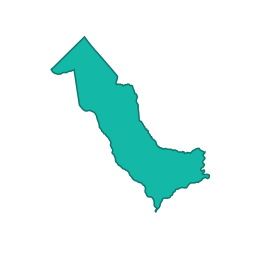 the district of Jateí, Mato Grosso do Sul, Brazil, rotated 25°
{"feature_id": "56859067B80229786226061", "entity_name": "Jateí", "entity_type": "district", "adm_level": 2, "iso_a3": "BRA", "parent_name": "Brazil", "parent_adm1": "Mato Grosso do Sul", "projection": "natural_earth1", "projection_center": [-53.858, -22.712], "detail": "fine", "context": "isolated", "style": "filled", "palette": "teal", "viewbox_px": 256, "rotation_deg": 25, "n_neighbors": 0, "source": "geoboundaries", "source_scale": "gbopen_adm2", "svg_char_len": 6018}
<svg xmlns="http://www.w3.org/2000/svg" viewBox="0 0 256 256"><g transform="rotate(25 128 128)"><path d="M50.1,63.8L46.5,73.4L41.1,87.9L34.6,105.4L33.6,107.3L34.3,108.0L35.2,108.4L36.0,109.0L36.7,109.1L37.8,109.3L38.7,109.5L39.2,109.2L40.0,109.0L40.9,109.0L41.9,108.9L42.6,108.3L43.5,107.8L44.3,107.4L44.8,106.7L45.2,105.8L45.9,105.1L46.6,104.8L47.3,104.4L48.0,104.2L48.8,103.8L49.4,103.1L49.9,102.3L50.5,101.6L51.3,101.0L52.3,100.6L53.3,99.3L54.1,98.6L54.5,97.9L74.3,127.7L74.9,128.1L75.6,128.4L77.2,129.2L78.1,129.6L78.8,129.9L79.5,130.2L80.1,130.3L81.0,130.5L82.1,130.5L83.1,130.2L83.8,129.8L84.7,129.0L85.4,128.5L86.2,128.1L87.3,128.2L88.4,128.1L89.2,128.2L90.3,128.0L91.1,128.2L92.1,128.8L92.8,129.2L93.6,129.8L94.2,130.2L94.8,130.8L95.7,132.2L96.2,132.7L96.8,133.3L97.4,134.0L98.5,135.0L99.4,135.7L99.9,136.4L100.4,137.3L100.9,137.8L101.4,138.6L101.9,139.6L102.4,139.7L103.1,140.1L103.9,140.4L104.9,140.9L105.3,141.7L105.9,142.0L106.9,142.1L107.9,142.8L108.6,143.3L109.2,143.1L110.1,143.2L110.8,143.8L111.7,144.1L112.5,144.6L113.2,144.8L113.8,145.0L114.7,145.3L115.4,145.9L116.0,146.3L116.7,146.8L117.5,147.4L118.2,147.8L118.8,148.7L119.0,149.6L119.2,150.8L119.9,151.4L120.3,152.0L121.1,152.3L121.5,153.1L122.3,153.3L123.0,153.6L123.3,154.4L123.7,155.0L123.8,156.0L124.1,157.3L124.9,157.7L125.5,157.9L126.2,158.2L127.2,158.7L127.9,159.5L128.5,159.9L129.0,160.4L129.7,161.1L130.0,162.1L130.4,162.6L130.9,163.2L131.4,163.8L132.2,164.1L133.2,164.4L133.9,164.8L134.4,165.3L135.0,165.7L136.0,165.6L137.2,165.9L138.1,166.1L139.2,166.5L140.4,167.0L142.1,166.8L143.1,166.9L143.8,167.1L144.9,167.1L145.7,167.1L146.4,167.4L147.3,167.8L147.9,168.2L148.5,168.9L149.0,169.4L149.5,169.8L150.3,170.2L151.2,170.5L151.8,170.7L152.5,171.3L153.1,171.6L153.9,172.1L154.7,172.4L155.5,172.5L156.2,172.7L157.1,172.6L158.0,172.3L158.6,172.4L159.2,172.6L159.9,172.7L160.8,172.6L161.7,172.6L162.3,172.4L162.8,172.1L163.6,172.2L164.1,172.4L164.8,172.8L165.6,173.2L166.3,173.3L167.3,173.3L168.2,173.9L168.7,174.6L169.2,175.1L169.6,175.8L169.7,176.7L170.0,177.7L170.4,178.4L170.9,179.1L171.6,179.4L172.8,180.4L173.5,181.1L174.1,181.4L174.8,181.7L175.7,181.7L176.7,181.4L177.7,181.0L178.6,180.6L179.4,180.9L180.4,181.4L181.0,182.0L181.8,182.5L182.4,183.1L182.8,184.0L183.2,184.5L183.6,185.1L184.0,185.9L184.2,186.7L184.7,187.2L185.3,187.8L185.9,187.9L186.7,188.1L187.6,188.4L188.1,188.8L188.0,189.5L187.9,190.3L187.8,191.0L187.9,191.9L188.6,192.2L188.6,191.1L188.8,189.7L189.1,188.6L189.6,187.6L189.9,186.4L189.9,185.6L189.6,184.1L189.3,183.1L189.3,182.1L189.3,181.4L189.4,180.6L189.7,179.7L189.4,178.9L189.4,178.0L189.6,177.2L190.3,176.3L191.1,175.9L192.0,175.6L193.1,175.1L193.7,174.6L194.5,174.1L195.1,173.5L195.4,172.6L195.4,171.3L196.4,170.2L196.5,169.4L196.3,168.7L196.1,167.8L196.3,167.1L196.8,166.6L197.2,166.0L197.4,164.9L197.2,163.8L198.0,162.8L198.8,162.4L199.5,161.9L200.0,161.0L200.7,160.2L202.3,159.0L202.8,158.8L203.6,158.7L204.6,158.4L205.3,158.1L206.0,157.6L206.5,156.9L206.6,155.9L206.5,155.2L206.8,154.2L207.2,153.0L207.7,151.6L208.5,151.1L209.7,150.5L210.9,149.9L211.5,149.6L212.3,149.0L213.1,148.0L214.0,147.7L214.8,147.5L215.1,146.7L215.6,145.8L216.7,144.5L216.9,143.4L217.1,142.3L217.8,141.6L218.3,140.7L218.8,140.1L219.7,140.0L220.3,140.2L221.0,140.3L221.8,139.9L222.4,138.9L222.2,138.0L222.1,137.0L221.5,136.4L220.9,136.3L220.0,136.3L219.1,136.6L218.6,136.9L217.9,137.3L216.8,137.8L215.8,138.4L214.7,138.1L215.0,137.0L215.4,136.4L215.8,135.5L215.5,134.6L214.6,133.9L214.0,134.4L213.4,135.2L212.6,135.8L211.7,135.6L211.4,134.5L211.4,133.6L211.7,133.0L212.2,132.5L212.5,131.7L212.8,130.5L212.8,129.4L212.4,128.6L211.7,128.4L211.0,128.3L210.3,127.7L210.0,126.8L209.9,125.9L210.1,125.1L210.4,124.3L210.6,123.5L210.4,122.8L209.8,122.2L208.8,121.8L207.9,121.4L207.5,120.6L207.5,119.8L208.0,118.9L208.2,118.1L207.8,117.2L207.2,117.8L206.7,117.9L206.0,117.4L205.0,117.7L204.2,117.4L203.5,117.5L202.7,117.4L201.7,116.8L200.9,116.4L199.9,117.0L199.2,117.6L198.6,118.0L197.7,119.4L197.3,120.0L196.7,120.6L196.2,121.3L196.0,122.3L195.6,123.3L195.4,124.2L194.8,124.3L194.3,124.7L193.5,124.6L192.7,125.1L191.9,125.2L191.4,125.7L190.7,126.6L189.8,127.1L189.2,126.4L188.6,126.0L188.1,126.3L187.5,126.3L187.4,127.0L186.8,127.3L186.1,127.3L185.3,127.7L184.7,128.1L183.9,128.5L183.2,128.2L182.2,128.0L181.3,128.0L180.6,128.0L179.6,128.2L178.9,128.6L178.3,129.4L177.6,129.1L176.6,129.1L175.8,129.2L175.2,129.5L174.4,129.9L173.4,130.2L172.8,130.5L172.2,130.7L171.4,130.7L170.7,130.7L169.9,131.2L169.4,131.8L168.7,132.0L167.8,132.4L166.9,131.9L166.0,132.3L165.2,132.3L164.4,132.6L164.0,131.9L162.5,131.9L161.7,131.4L160.8,130.9L160.3,130.1L159.6,129.6L159.2,128.9L158.8,128.5L158.0,128.3L157.1,127.9L156.0,127.7L155.2,127.7L154.6,127.5L154.0,127.1L153.6,126.5L153.0,126.0L152.5,126.2L151.9,125.9L151.3,125.5L150.5,124.7L149.6,124.3L148.7,124.0L148.0,123.4L147.9,122.7L147.5,122.1L146.6,121.9L145.6,122.0L145.3,121.2L144.5,121.5L143.8,121.2L143.2,120.5L142.7,119.9L142.1,119.7L141.5,119.5L141.0,119.2L140.3,118.5L139.4,117.9L138.5,117.3L137.9,117.0L137.2,116.5L136.4,116.5L135.8,116.8L134.9,116.3L134.4,115.5L134.0,114.5L133.4,113.6L132.9,112.4L132.3,111.7L132.0,110.9L131.7,110.4L131.2,109.7L130.8,108.9L130.1,107.9L129.6,107.1L129.1,106.3L128.7,105.7L128.5,105.1L128.1,103.9L127.5,102.9L126.5,102.0L125.6,101.6L125.1,101.1L124.5,100.6L124.1,100.1L123.8,99.3L123.6,98.6L123.5,97.6L123.5,96.6L123.2,95.6L122.5,95.0L121.7,94.2L120.8,93.7L119.9,94.0L119.3,93.7L119.0,92.8L118.4,92.4L118.0,92.0L117.3,91.2L116.6,90.5L115.3,89.4L114.7,88.6L114.3,88.0L113.6,88.1L113.0,88.0L112.3,88.4L111.7,88.6L110.7,88.1L109.7,88.1L109.0,88.5L108.6,89.3L108.0,89.5L107.1,90.0L106.7,90.8L106.4,91.6L105.6,91.8L104.9,91.2L104.1,91.3L103.3,91.6L102.2,91.6L101.7,92.2L100.8,92.5L99.9,92.8L99.3,93.4L98.7,92.8L97.8,92.4L97.8,91.5L97.7,90.4L97.7,89.0L96.7,85.6L91.4,83.1L90.0,82.4L86.8,81.0L67.6,72.4L65.8,71.8L65.0,71.4L62.2,70.0L61.1,69.5L59.6,68.9L58.8,68.5L57.9,68.0L54.2,66.1L51.2,64.4L50.1,63.8Z" fill="#14b8a6" stroke="#0f766e" stroke-width="1.5"/></g></svg>